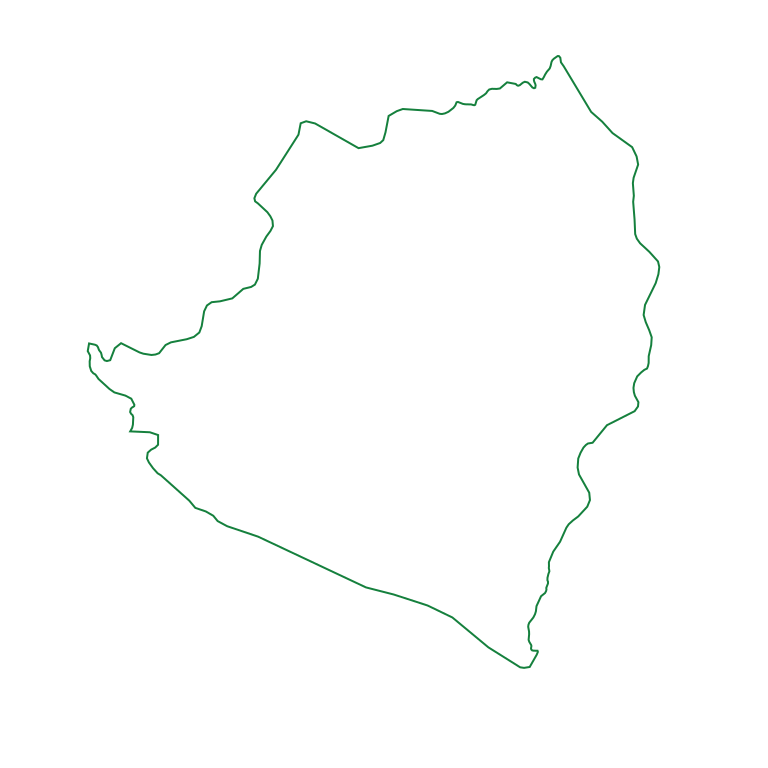 the border of At-Ta'mim, rotated 352°
{"feature_id": "IRQ-3049", "entity_name": "At-Ta'mim", "entity_type": "Province", "adm_level": 1, "iso_a3": "IRQ", "parent_name": "Iraq", "parent_adm1": "", "projection": "equal_earth", "projection_center": [44.125, 35.305], "detail": "fine", "context": "isolated", "style": "outline", "palette": "green", "viewbox_px": 768, "rotation_deg": 352, "n_neighbors": 0, "source": "natural_earth", "source_scale": "10m", "svg_char_len": 3361}
<svg xmlns="http://www.w3.org/2000/svg" viewBox="0 0 768 768"><g transform="rotate(352 384 384)"><path d="M606.2,94.4L627.0,143.4L636.6,154.6L645.2,167.3L662.7,184.0L665.8,193.8L666.2,202.1L659.9,214.5L658.4,219.7L657.6,232.4L656.1,238.2L655.0,256.1L653.6,270.5L654.6,275.3L657.2,280.3L665.2,290.1L672.4,300.8L672.9,306.5L671.0,313.5L667.1,321.9L653.5,342.0L650.7,351.8L651.8,359.1L654.1,367.6L655.6,375.0L654.0,382.7L650.0,393.3L649.0,400.0L647.9,403.0L646.6,405.3L643.8,406.2L640.3,408.3L635.8,411.7L631.9,418.0L630.5,422.6L630.3,426.8L630.8,430.5L633.4,437.4L632.4,441.6L628.4,445.8L599.1,455.8L582.4,471.2L577.7,471.3L575.4,472.5L572.7,474.7L569.1,479.4L566.0,484.8L564.1,493.7L564.5,500.7L572.1,520.2L571.8,527.6L568.2,533.8L557.9,542.2L552.1,545.4L547.4,548.6L544.6,551.7L536.4,564.7L528.3,573.5L522.5,583.4L522.0,587.5L521.7,588.7L521.6,589.6L521.7,590.9L521.7,592.5L520.4,594.9L518.9,598.7L518.7,600.1L518.5,600.9L518.9,602.7L518.6,604.4L516.9,607.4L516.3,608.6L516.3,610.0L515.7,611.6L514.4,613.4L510.0,616.0L504.1,625.2L502.8,630.2L501.5,633.0L499.4,636.0L494.6,640.6L493.5,642.6L493.0,644.5L493.2,649.3L492.9,652.0L491.6,657.5L492.0,659.6L493.4,662.9L493.5,664.0L492.8,666.2L492.9,667.4L493.6,668.4L495.0,668.9L498.9,669.5L499.1,670.7L497.5,673.4L488.9,684.5L483.2,684.6L479.4,683.5L450.7,659.3L419.2,624.7L396.3,609.4L364.3,593.8L337.8,582.9L313.2,566.8L238.0,517.6L208.9,503.0L200.2,496.6L196.6,490.7L189.8,485.4L179.9,480.4L175.0,472.5L150.3,443.3L147.4,440.9L143.6,435.3L140.3,429.0L138.9,424.6L140.5,419.1L144.3,416.6L148.6,415.1L151.8,412.7L153.2,403.1L145.4,399.2L126.1,395.6L128.5,392.4L129.7,389.3L131.1,382.0L130.7,379.9L129.4,378.3L128.7,376.4L129.8,373.3L131.2,372.2L132.5,371.7L133.5,371.2L133.9,369.8L131.7,363.4L126.3,359.5L115.8,354.8L111.5,350.8L102.0,339.3L100.2,335.6L99.4,334.3L97.6,332.9L95.9,330.3L95.1,325.5L95.7,320.5L96.7,317.6L96.9,314.8L95.2,310.2L97.6,302.8L103.3,304.9L104.9,305.9L105.9,307.8L106.2,309.4L106.6,310.9L108.1,313.6L108.4,315.8L108.5,318.1L110.6,321.7L112.8,322.7L116.2,322.3L122.4,311.1L129.3,307.0L146.3,318.7L149.9,320.5L157.8,322.9L161.8,323.0L165.6,322.2L173.1,315.0L178.8,313.1L194.9,312.2L202.3,310.9L208.3,307.3L211.5,301.4L216.0,287.0L219.6,281.6L224.7,279.0L233.1,279.3L245.7,278.1L257.9,270.2L265.9,269.4L270.0,267.6L273.7,262.2L277.6,247.4L279.7,235.0L282.3,229.2L288.0,221.6L292.8,216.7L296.0,212.2L296.3,206.6L294.8,202.1L292.4,197.6L284.2,187.5L281.8,185.2L281.5,182.0L283.9,177.8L306.9,156.8L334.0,125.2L337.8,114.2L343.5,113.0L352.0,116.4L391.6,146.9L405.7,146.4L413.7,144.8L417.2,142.4L420.5,135.0L425.9,119.2L434.6,115.6L440.9,114.3L461.5,118.6L469.7,120.3L476.8,124.2L479.0,124.7L482.0,124.5L485.7,123.4L491.1,120.3L493.3,118.2L495.1,115.1L496.5,115.0L501.1,117.6L503.3,118.3L509.3,119.3L511.0,120.1L512.1,120.5L513.2,120.2L515.2,115.9L516.5,114.9L523.5,111.6L525.6,110.3L527.2,108.5L529.2,107.0L532.0,106.7L536.7,107.5L539.9,107.5L547.9,102.4L556.2,105.2L557.2,106.6L558.3,107.3L560.0,107.0L563.3,105.0L565.5,104.3L568.3,105.4L569.8,107.2L572.2,111.0L573.7,112.0L575.0,111.7L575.7,109.3L575.5,107.7L575.0,106.1L574.7,104.4L574.9,102.8L576.3,101.7L577.8,101.3L581.8,104.1L583.3,104.4L585.1,102.2L586.6,100.0L588.8,97.4L592.0,94.6L593.3,92.2L594.7,88.4L595.8,86.8L597.5,85.5L601.6,83.4L602.8,83.6L604.0,85.4L604.0,90.1L606.2,94.4Z" fill="none" stroke="#15803d" stroke-width="2"/></g></svg>